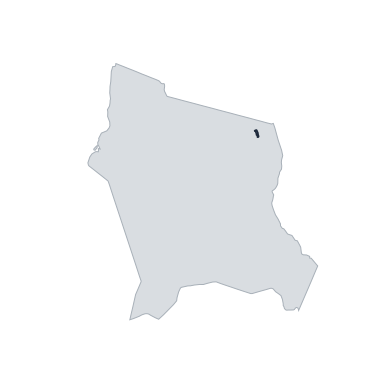 South Mugirango, Nyanza, Kenya (highlighted), rotated 162°
{"feature_id": "3690345B2420334970551", "entity_name": "South Mugirango", "entity_type": "district", "adm_level": 2, "iso_a3": "KEN", "parent_name": "Kenya", "parent_adm1": "Nyanza", "projection": "natural_earth1", "projection_center": [34.664, -0.838], "detail": "fine", "context": "in_parent", "style": "filled", "palette": "slate", "viewbox_px": 384, "rotation_deg": 162, "n_neighbors": 0, "source": "geoboundaries", "source_scale": "gbopen_adm2", "svg_char_len": 3782}
<svg xmlns="http://www.w3.org/2000/svg" viewBox="0 0 384 384"><g transform="rotate(162 192 192)"><path d="M93.5,232.1L93.4,227.2L94.0,214.8L93.9,203.9L94.5,198.5L96.8,195.0L97.9,192.5L98.6,189.0L99.8,186.1L102.6,183.8L103.1,182.5L106.0,178.6L107.8,173.6L109.1,171.9L110.7,170.4L111.9,169.5L113.8,168.7L115.3,168.3L115.6,167.9L115.7,167.0L115.2,163.9L115.9,162.9L116.9,160.9L118.1,158.9L119.1,157.7L119.7,156.5L120.0,154.3L120.0,152.7L120.0,150.2L119.7,144.5L118.5,139.7L117.7,134.3L118.3,132.5L117.3,129.4L116.8,129.2L116.0,128.5L115.0,125.6L114.2,122.9L113.7,122.2L110.4,119.8L108.8,114.2L106.9,113.0L105.9,107.4L105.7,105.9L106.8,100.3L106.7,99.1L105.6,97.9L102.5,96.7L100.0,94.4L100.3,93.6L100.5,92.8L99.1,92.2L95.3,82.8L100.3,77.1L105.3,71.3L111.7,64.0L117.6,57.3L122.7,51.5L127.2,46.4L127.1,47.4L127.1,48.7L127.7,49.5L128.6,50.0L129.9,49.4L131.0,48.6L132.1,48.5L139.0,50.6L140.1,52.5L140.0,54.5L140.3,56.0L139.8,57.4L139.2,61.9L139.4,66.0L141.5,69.0L143.3,71.3L144.7,74.7L145.8,75.7L147.3,76.2L152.0,76.3L158.9,76.6L165.6,76.8L166.2,76.8L167.6,77.3L173.8,81.8L179.4,85.9L184.2,89.5L188.8,92.9L193.3,96.3L196.8,99.1L200.2,100.0L205.8,100.4L209.7,100.5L213.3,101.7L218.6,102.8L222.6,103.3L225.0,104.0L231.6,104.6L232.7,104.2L235.6,101.1L238.9,96.1L240.2,93.3L244.4,90.6L251.9,86.7L257.1,84.0L263.0,81.3L265.6,83.6L269.3,87.4L270.9,89.3L272.2,90.1L274.2,90.7L276.6,90.7L278.0,90.6L280.7,90.1L287.0,89.7L290.6,89.7L287.6,94.7L283.9,100.8L277.3,111.9L272.2,117.7L268.3,122.2L267.9,123.0L268.0,127.9L268.0,139.9L268.1,164.0L268.2,188.1L268.3,212.2L268.3,224.3L268.4,228.3L271.7,233.4L275.0,238.3L279.4,244.9L281.8,248.4L282.2,249.6L282.0,251.9L278.4,256.8L275.5,259.1L271.5,260.1L270.3,259.9L268.7,259.2L268.1,260.4L267.7,262.2L266.8,261.8L266.1,261.3L266.5,264.6L266.9,266.2L266.3,268.3L264.4,270.2L264.2,271.8L260.0,276.0L254.1,276.5L251.0,278.6L249.6,280.3L248.6,284.0L248.9,289.8L247.3,294.2L247.0,296.4L243.9,299.2L242.5,301.9L241.5,304.5L240.7,305.7L239.6,311.7L238.2,315.3L237.8,316.5L237.4,317.6L236.3,319.8L235.6,321.2L235.1,322.2L231.5,331.5L228.7,335.7L226.4,335.2L225.0,336.8L224.8,337.6L224.0,337.2L222.2,335.6L218.4,332.5L214.6,329.3L210.8,326.2L207.0,323.0L203.3,319.8L199.5,316.7L195.7,313.5L191.9,310.4L189.7,308.5L188.7,307.4L187.9,305.2L187.5,304.7L186.5,304.0L185.4,303.8L185.0,303.4L185.0,302.4L185.4,300.9L186.8,298.0L187.0,296.3L186.7,294.3L186.3,291.2L185.9,290.5L183.4,288.9L178.1,285.5L172.9,282.1L167.6,278.7L162.3,275.3L157.1,271.9L151.8,268.5L146.5,265.1L141.3,261.7L136.0,258.3L130.7,254.9L125.5,251.5L120.2,248.1L114.9,244.7L109.7,241.3L104.4,237.9L99.1,234.4L97.1,233.2L95.4,232.1L93.5,232.1ZM268.7,265.2L267.8,265.4L268.3,263.8L271.0,261.7L272.1,262.1L272.3,262.6L272.2,263.1L271.8,263.5L268.7,265.2Z" fill="#d9dde1" stroke="#a8b0b8" stroke-width="1"/><path d="M112.9,228.9L112.9,228.7L112.9,228.4L112.9,228.2L112.8,227.9L112.8,227.7L112.7,227.4L112.6,227.2L112.8,227.0L112.8,226.9L113.0,226.8L113.1,226.7L113.1,226.4L113.0,226.2L112.9,226.1L112.8,225.9L112.7,225.7L112.7,225.4L112.7,225.2L112.6,224.9L112.6,224.7L112.7,224.4L112.7,224.2L112.8,223.9L112.7,223.8L112.4,223.8L112.2,223.8L111.9,223.7L111.5,224.0L111.4,224.3L111.4,224.5L111.4,224.8L111.3,225.0L111.3,225.4L111.3,225.5L111.3,225.9L111.3,226.0L111.3,227.0L111.2,227.3L111.2,227.5L111.1,227.4L111.0,227.5L111.0,227.8L111.0,228.0L111.1,228.3L111.1,228.5L111.1,228.8L111.1,229.0L111.2,229.3L111.2,229.5L111.3,229.7L111.3,229.8L111.3,230.0L111.2,230.2L111.2,230.3L111.3,230.4L111.3,230.5L111.4,230.8L111.5,230.9L111.5,231.0L111.8,231.0L112.0,231.0L112.3,231.2L112.5,231.2L113.1,231.1L113.5,230.9L113.5,230.7L113.4,230.7L113.4,230.4L113.2,230.3L113.2,230.2L113.0,229.9L112.9,229.8L112.9,229.7L112.8,229.4L112.8,229.2L112.9,228.9Z" fill="#64748b" stroke="#1e293b" stroke-width="1.5"/></g></svg>